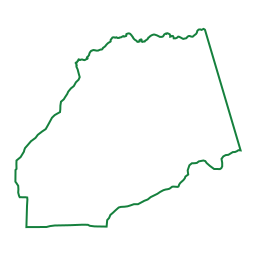 Tala, Canelones, Uruguay
{"feature_id": "84410073B98318272763816", "entity_name": "Tala", "entity_type": "district", "adm_level": 2, "iso_a3": "URY", "parent_name": "Uruguay", "parent_adm1": "Canelones", "projection": "robinson", "projection_center": [-55.755, -34.328], "detail": "fine", "context": "isolated", "style": "outline", "palette": "green", "viewbox_px": 256, "rotation_deg": 0, "n_neighbors": 0, "source": "geoboundaries", "source_scale": "gbopen_adm2", "svg_char_len": 4892}
<svg xmlns="http://www.w3.org/2000/svg" viewBox="0 0 256 256"><path d="M240.6,150.4L205.0,29.9L204.5,29.4L203.5,28.9L201.6,29.9L200.1,29.4L198.6,29.6L197.3,30.9L196.9,32.6L196.1,33.9L194.3,35.3L192.7,36.7L191.2,36.6L189.7,36.0L188.5,36.1L187.5,36.8L186.3,38.2L183.2,38.9L181.8,38.2L180.6,37.5L178.9,36.7L178.1,36.7L177.2,37.6L175.7,38.3L173.7,38.3L173.5,37.1L173.0,36.1L172.0,35.9L171.0,36.5L170.2,36.7L170.2,35.4L169.7,34.3L168.4,33.6L167.1,33.2L166.4,33.9L165.6,33.6L164.2,34.5L163.5,35.8L162.7,36.6L161.5,36.9L159.9,36.9L158.6,36.2L157.0,35.4L155.3,34.8L154.0,34.5L152.5,34.9L151.4,35.4L150.0,36.3L149.4,37.0L149.2,37.2L148.9,37.3L148.7,37.5L148.4,37.6L148.1,38.1L148.0,38.5L147.9,38.6L147.8,38.8L147.7,38.9L147.6,39.0L147.3,39.3L147.1,39.4L146.9,39.6L146.7,39.8L145.4,40.6L145.1,40.8L145.0,41.1L144.9,41.3L144.7,41.5L144.3,41.5L144.1,41.5L143.2,41.6L142.6,41.9L142.4,41.9L142.0,41.7L141.9,41.6L141.7,41.3L141.6,40.9L141.6,40.7L141.6,40.4L141.6,40.1L141.6,39.9L141.5,39.7L141.4,39.5L141.2,39.4L140.4,39.6L140.1,39.8L139.8,40.0L139.6,40.1L139.5,40.3L139.6,40.5L139.5,40.8L139.5,41.0L139.5,41.3L139.4,41.3L139.2,41.4L139.2,41.5L138.9,41.7L138.6,41.6L138.0,41.8L137.9,41.9L137.5,41.8L137.2,41.7L137.0,41.4L136.9,41.2L136.5,40.9L136.3,40.7L135.9,40.4L135.6,40.2L135.2,40.0L134.7,39.6L134.1,39.1L133.9,38.8L133.7,38.6L133.5,38.4L133.4,38.3L133.3,38.1L133.3,37.9L133.1,37.6L133.0,37.4L132.8,37.3L132.7,37.1L132.6,36.9L132.6,36.7L132.4,36.5L132.3,36.4L132.2,36.2L131.8,35.8L131.6,35.5L131.5,35.3L131.4,35.1L131.2,35.0L130.9,34.6L130.1,33.8L129.6,33.6L129.0,33.4L128.8,33.4L128.6,33.4L128.0,33.5L127.4,33.7L126.8,33.9L126.6,34.0L126.4,34.1L126.3,34.3L126.3,34.5L126.3,34.9L126.3,35.3L126.3,35.7L126.2,35.8L126.1,36.0L125.2,36.2L124.9,36.3L124.7,36.5L123.9,36.6L123.5,36.2L123.4,36.1L123.2,36.1L122.8,36.4L122.5,36.5L122.1,36.7L121.6,37.0L121.1,37.3L120.5,37.4L120.2,37.4L119.7,37.5L119.4,37.8L119.2,37.8L118.9,37.8L118.7,37.9L117.9,38.0L117.5,37.9L117.3,37.9L117.1,37.8L116.8,37.5L116.6,37.3L116.2,37.3L115.9,37.4L115.4,37.7L115.2,37.7L114.8,37.6L114.6,37.5L114.4,37.4L114.2,37.4L113.6,37.3L113.2,37.3L112.6,37.5L112.4,37.6L112.3,37.8L112.0,38.1L111.6,38.7L111.3,39.0L111.0,39.5L110.9,39.6L110.7,39.8L110.6,40.4L110.6,40.6L110.7,41.2L110.6,41.4L110.5,41.5L110.4,41.7L110.0,41.9L109.5,42.2L109.0,42.5L108.3,42.9L108.2,43.0L107.7,43.4L107.3,43.8L107.1,44.0L106.2,44.9L105.9,45.4L105.7,45.7L104.9,46.5L104.6,46.8L103.1,47.8L103.0,48.1L102.9,48.3L102.7,48.4L102.6,48.7L102.2,49.2L102.1,49.3L101.8,49.5L101.5,49.5L100.8,49.5L100.6,49.5L100.0,49.8L99.1,50.1L98.4,50.5L97.8,50.6L97.6,50.6L97.2,50.6L96.9,50.6L96.6,50.6L96.2,50.6L95.9,50.5L95.4,50.3L94.8,50.3L94.4,50.2L94.2,50.1L93.7,50.0L93.2,50.2L92.8,50.2L92.2,50.4L91.9,50.7L91.7,50.8L91.4,50.8L91.1,50.9L91.0,51.0L90.0,52.3L89.9,52.5L89.7,52.8L89.4,53.6L89.3,53.9L89.1,54.8L89.1,55.0L88.6,55.6L88.3,56.1L88.2,56.3L87.6,56.8L87.3,57.0L87.0,57.3L86.9,57.8L87.0,57.9L87.3,57.9L87.3,58.0L87.5,58.2L87.6,58.3L87.6,58.5L87.4,58.8L86.6,59.1L86.1,59.3L85.5,59.6L85.4,59.7L84.9,60.0L84.5,60.1L84.3,60.1L83.8,60.0L83.3,59.9L83.1,59.8L82.7,59.6L82.4,59.5L82.0,59.5L81.4,59.5L80.7,59.7L80.2,60.0L79.8,60.0L79.7,59.9L79.3,59.8L79.2,59.7L79.0,59.4L78.8,59.3L78.6,59.4L78.5,59.6L78.4,59.8L78.2,60.1L78.2,60.3L78.0,60.7L77.9,60.8L77.9,61.0L77.6,61.2L77.4,61.3L77.3,61.5L77.2,61.7L77.1,61.8L77.1,62.0L76.9,62.2L76.6,62.3L76.3,62.4L76.0,62.6L75.8,62.7L75.7,62.8L75.7,63.1L75.8,63.2L75.9,63.3L76.0,63.4L76.3,63.5L76.2,63.8L76.3,64.0L76.4,64.3L76.5,64.5L76.3,64.8L76.3,65.1L76.5,65.3L76.7,65.5L76.6,66.0L76.5,66.4L76.4,66.7L77.6,69.3L78.8,73.9L79.7,77.1L78.6,79.7L75.9,82.3L73.8,86.1L70.9,88.4L68.2,91.7L67.2,94.0L65.2,97.0L63.8,99.3L61.0,101.7L60.4,105.6L60.3,109.4L60.0,112.1L57.1,113.7L54.7,115.1L52.0,117.7L50.0,121.4L48.1,124.9L45.7,129.1L42.1,131.5L37.8,134.8L35.5,137.9L31.0,141.2L26.8,146.1L25.1,148.0L24.4,149.7L23.9,151.7L20.6,157.1L16.5,160.5L16.4,164.0L16.5,168.9L15.5,170.0L15.5,172.4L15.4,181.7L16.3,182.9L18.2,185.8L18.4,189.3L18.2,192.6L19.0,195.7L19.7,197.2L25.9,197.3L27.2,197.5L27.4,199.5L27.0,206.0L26.4,227.1L46.5,227.0L50.0,226.1L54.7,225.5L70.1,225.2L82.8,224.7L87.9,224.8L89.8,225.8L94.6,226.4L106.6,226.6L107.2,220.1L109.1,218.0L110.4,214.9L113.0,212.7L115.3,210.5L118.7,207.5L120.9,206.9L124.6,206.7L127.6,206.3L130.5,205.4L133.9,204.2L138.0,204.2L144.3,200.8L147.7,199.5L150.7,197.1L157.4,193.8L160.2,191.9L163.4,190.2L165.7,189.5L167.7,189.2L169.5,188.7L172.2,186.7L173.6,186.6L177.7,186.9L178.5,186.5L179.2,184.5L180.3,182.9L183.4,180.1L184.8,178.3L185.4,176.6L188.2,174.5L187.9,172.3L187.7,170.3L189.4,165.3L191.8,163.3L194.9,163.2L196.9,162.9L198.8,161.4L203.4,160.5L205.3,161.1L206.6,163.0L209.9,165.9L214.1,169.0L217.0,169.0L219.9,169.1L221.3,168.2L222.2,166.4L222.2,162.8L221.5,158.9L223.3,156.4L225.7,155.1L228.4,154.8L232.8,152.1L235.0,152.0L236.9,151.2L238.4,150.2L240.6,150.4Z" fill="none" stroke="#15803d" stroke-width="2"/></svg>